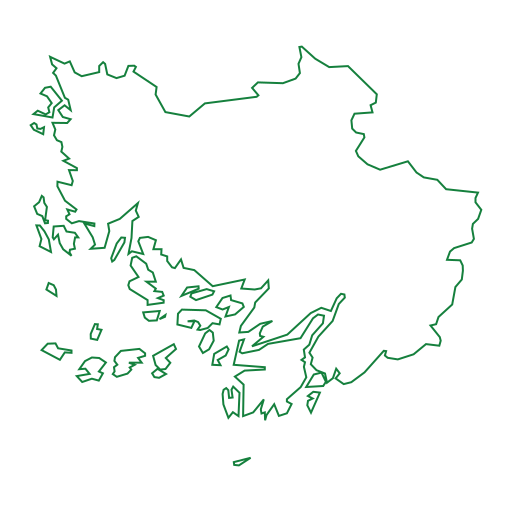 outline of Finland Proper
{"feature_id": "FIN-3191", "entity_name": "Finland Proper", "entity_type": "Region", "adm_level": 1, "iso_a3": "FIN", "parent_name": "Finland", "parent_adm1": "", "projection": "orthographic", "projection_center": [22.144, 60.47], "detail": "fine", "context": "isolated", "style": "outline", "palette": "green", "viewbox_px": 512, "rotation_deg": 0, "n_neighbors": 0, "source": "natural_earth", "source_scale": "10m", "svg_char_len": 5966}
<svg xmlns="http://www.w3.org/2000/svg" viewBox="0 0 512 512"><path d="M335.6,378.4L339.7,373.3L336.2,368.7L332.9,378.2L327.0,382.7L325.0,373.5L316.5,370.2L310.8,364.2L312.6,357.6L309.4,352.7L318.4,336.6L332.6,321.0L338.8,304.0L344.8,297.6L344.4,294.5L341.0,293.8L336.7,298.3L330.9,311.0L321.3,307.8L310.7,313.1L287.3,334.6L252.0,346.3L263.4,336.8L260.1,335.9L259.8,333.3L262.8,326.6L272.4,321.0L260.2,323.8L248.3,331.9L239.3,332.5L240.9,325.9L254.3,307.5L255.2,302.5L268.8,288.4L268.2,280.4L261.0,288.3L254.7,289.5L241.3,288.5L244.7,279.5L212.7,286.2L194.3,270.1L183.6,267.9L181.0,259.4L174.9,268.1L172.0,267.3L167.2,261.0L167.2,256.4L161.2,254.5L161.5,249.2L153.4,249.2L155.9,240.2L148.1,236.9L139.9,237.9L138.3,241.3L143.2,254.0L131.9,251.3L128.5,253.9L131.5,238.0L132.4,221.0L138.7,216.9L135.8,210.6L137.9,203.1L119.8,218.9L108.1,223.7L109.3,231.1L104.6,247.8L90.7,248.8L95.0,244.6L92.7,237.3L84.3,223.5L94.3,226.1L94.4,223.5L79.0,221.1L71.8,223.3L66.2,218.9L66.2,216.3L69.5,214.3L67.3,209.5L75.2,211.7L76.5,209.5L65.0,200.7L57.4,186.3L57.5,181.7L71.6,185.2L72.8,181.0L69.0,170.1L76.9,170.2L76.9,168.1L63.4,160.8L69.1,158.6L61.3,151.6L62.4,146.9L61.4,142.1L56.9,140.2L54.0,135.3L55.3,129.5L52.5,122.8L67.2,123.0L70.6,119.2L62.8,117.0L58.3,110.1L64.6,105.3L70.7,110.2L68.2,99.7L64.9,97.8L55.9,75.6L53.1,72.9L56.5,68.2L52.1,64.4L50.1,56.8L64.5,63.6L69.8,61.4L74.7,72.4L81.7,76.2L99.2,72.1L99.2,66.0L103.1,62.2L105.1,63.9L107.3,74.4L116.5,78.1L124.6,75.7L128.4,65.9L134.2,65.7L135.9,66.9L133.5,71.6L156.6,87.0L155.6,94.5L165.4,112.1L189.3,116.5L204.9,103.4L256.6,96.8L258.4,95.3L252.1,87.9L257.9,82.4L282.9,83.2L295.6,78.6L299.9,73.1L298.5,63.8L301.4,57.2L299.4,47.0L301.8,46.6L315.2,58.7L329.2,67.1L348.0,66.1L376.8,94.3L375.8,102.6L370.6,105.2L372.5,112.4L354.5,113.7L351.4,120.3L352.2,128.6L356.1,132.5L363.8,134.1L364.4,137.4L355.9,150.9L358.3,156.3L367.5,164.3L380.1,169.7L407.9,161.3L416.5,172.5L423.8,177.4L437.3,179.8L446.1,189.2L478.0,192.6L475.5,198.0L475.5,202.3L481.3,209.8L478.1,218.9L472.9,223.9L472.1,228.7L473.9,238.9L471.7,242.5L454.1,248.1L450.0,251.6L447.0,259.8L460.2,260.3L462.7,265.5L462.9,270.7L461.8,279.5L455.4,287.0L452.2,304.5L438.5,317.0L436.1,324.2L430.5,325.5L439.8,337.1L440.7,340.7L439.3,345.7L426.0,344.1L413.6,354.3L397.8,359.4L387.7,357.8L384.9,355.5L386.1,351.1L383.8,350.8L364.5,372.4L351.3,382.2L343.7,384.1L335.6,378.4ZM300.5,338.2L313.0,318.3L318.0,314.5L324.0,315.7L322.9,323.3L312.2,335.3L309.3,344.7L303.8,349.6L305.0,357.4L301.5,359.9L305.0,362.2L303.9,366.8L306.3,377.3L300.7,387.1L286.9,399.2L286.9,401.5L291.6,404.0L286.9,413.3L278.9,415.9L274.2,404.2L266.5,415.1L265.1,420.3L264.8,412.4L261.5,413.5L260.8,409.4L263.8,399.4L253.2,412.4L243.1,416.1L243.6,384.6L234.9,376.6L244.6,370.6L264.8,369.5L264.8,367.2L233.7,364.8L239.1,340.6L244.0,339.4L239.6,351.7L242.2,353.3L259.0,349.9L268.0,343.9L300.5,338.2ZM163.6,302.7L147.6,304.9L147.6,300.1L129.7,289.0L128.3,285.2L129.5,281.3L138.5,277.0L130.6,265.5L132.2,257.8L136.3,256.3L146.2,263.7L148.2,269.7L152.8,272.5L155.8,281.7L146.5,281.7L155.8,288.6L154.4,291.1L162.2,291.9L163.7,295.6L157.9,298.1L163.7,300.2L163.6,302.7ZM181.9,309.6L205.8,310.3L220.8,318.8L219.5,324.4L212.5,323.2L207.7,328.0L200.1,330.0L197.6,329.6L200.3,325.7L198.1,322.1L194.3,320.5L187.6,321.3L194.4,321.3L191.3,327.9L177.4,324.5L178.0,313.7L181.9,309.6ZM120.9,350.9L139.4,348.9L145.1,353.3L145.1,355.8L138.1,357.9L141.7,362.7L128.9,362.7L134.7,364.8L129.7,367.5L131.3,369.6L127.5,373.6L116.8,376.8L112.8,374.1L114.6,371.4L114.0,367.2L117.3,364.7L114.4,360.9L115.0,357.2L120.9,350.9ZM79.3,369.2L85.0,361.1L91.9,357.5L99.2,358.0L105.9,362.5L98.9,371.5L102.9,373.3L98.8,380.6L91.9,378.7L82.2,382.0L76.8,376.1L89.6,373.9L85.4,368.7L79.3,369.2ZM63.7,225.8L66.5,231.5L74.9,232.8L78.2,237.4L75.1,237.4L73.9,243.8L74.9,248.7L70.0,249.7L69.5,252.4L71.5,255.8L63.2,249.3L59.7,243.1L58.0,234.7L53.9,239.3L52.7,237.3L53.7,226.5L63.7,225.8ZM232.6,397.5L231.5,389.7L233.2,386.6L239.5,392.8L238.5,416.1L232.9,412.2L228.4,417.8L223.4,404.4L222.6,394.0L223.6,389.8L226.2,388.1L228.3,390.2L229.1,397.9L232.6,397.5ZM52.5,117.5L33.5,114.1L37.7,110.7L45.7,114.4L49.4,112.2L48.2,107.4L51.7,103.1L47.0,96.3L40.5,93.5L45.0,87.8L50.7,86.7L61.9,100.7L54.2,107.4L52.5,117.5ZM228.9,307.0L222.6,309.5L216.3,307.1L222.5,298.0L230.5,295.5L231.1,300.1L242.4,303.4L243.8,306.9L235.1,314.4L225.5,316.5L228.9,307.0ZM173.8,344.2L176.0,349.0L165.8,358.0L170.3,362.8L165.5,369.0L160.2,369.6L155.6,365.0L153.1,355.8L173.8,344.2ZM55.5,343.4L58.1,348.3L71.5,350.5L71.5,352.8L64.8,352.4L59.9,359.8L41.6,350.1L47.7,343.7L55.5,343.4ZM199.0,346.5L205.2,333.4L209.5,330.0L212.8,332.6L213.7,340.7L209.1,349.3L202.9,353.0L199.0,346.5ZM321.5,372.6L325.9,381.8L323.2,386.0L306.2,387.0L313.8,374.5L321.5,372.6ZM51.0,252.0L39.6,246.2L41.4,239.0L36.4,225.4L39.9,225.5L44.5,231.4L48.8,239.4L51.0,252.0ZM47.9,223.0L45.0,223.3L42.3,216.1L37.2,213.9L34.1,206.3L39.1,202.2L41.8,195.9L43.6,197.4L44.3,202.9L46.9,206.9L45.1,220.2L48.0,220.7L47.9,223.0ZM214.2,353.9L226.8,346.5L228.6,349.4L225.7,355.5L217.7,360.0L220.5,365.2L212.3,364.8L214.2,353.9ZM214.1,291.3L212.4,294.6L196.0,300.1L190.3,296.7L191.5,293.4L206.7,289.1L214.1,291.3ZM156.8,320.4L148.9,320.8L144.8,317.6L143.2,312.4L159.7,311.0L156.8,320.4ZM313.3,391.8L319.9,392.6L311.0,412.7L307.3,405.3L308.0,400.8L312.7,398.5L307.9,396.0L313.3,391.8ZM124.4,242.4L114.3,260.0L112.2,261.5L111.2,258.2L116.7,243.5L121.3,237.5L125.0,237.8L124.4,242.4ZM97.1,329.0L101.5,329.8L97.2,339.9L90.8,338.6L90.7,334.0L94.9,324.1L97.8,324.3L97.1,329.0ZM157.5,368.8L166.0,374.0L159.1,377.8L154.4,377.1L152.1,373.3L157.5,368.8ZM198.5,286.3L198.7,288.7L181.5,295.9L187.1,287.5L198.5,286.3ZM233.8,462.1L250.6,457.8L238.9,465.4L234.2,464.9L233.8,462.1ZM53.7,285.2L56.0,289.6L56.5,295.9L46.4,289.5L48.7,283.0L53.7,285.2ZM40.5,128.9L44.0,127.2L43.2,134.2L33.8,129.7L30.7,125.2L34.1,123.0L36.5,124.5L37.3,128.5L40.5,128.9ZM165.0,316.8L159.5,319.1L165.4,315.0L165.0,316.8Z" fill="none" stroke="#15803d" stroke-width="2"/></svg>